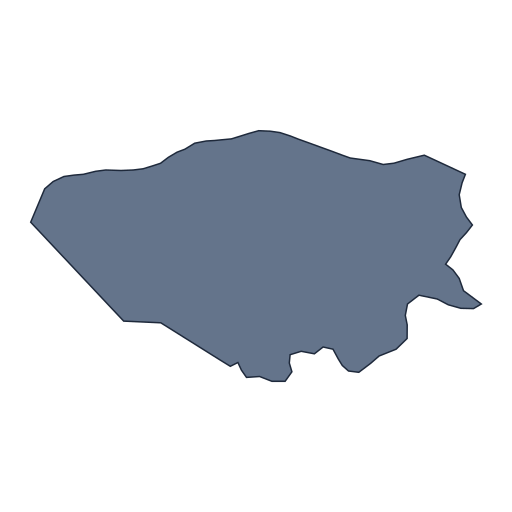 Marcação, Paraíba, Brazil (Albers equal-area conic projection)
{"feature_id": "56859067B50699836621032", "entity_name": "Marcação", "entity_type": "district", "adm_level": 2, "iso_a3": "BRA", "parent_name": "Brazil", "parent_adm1": "Paraíba", "projection": "albers", "projection_center": [-34.992, -6.751], "detail": "fine", "context": "isolated", "style": "filled", "palette": "slate", "viewbox_px": 512, "rotation_deg": 0, "n_neighbors": 0, "source": "geoboundaries", "source_scale": "gbopen_adm2", "svg_char_len": 1205}
<svg xmlns="http://www.w3.org/2000/svg" viewBox="0 0 512 512"><path d="M206.2,141.0L194.7,143.2L184.9,149.2L177.0,152.2L168.4,157.3L160.5,163.3L151.9,166.1L143.0,168.8L133.2,170.0L121.0,170.5L105.7,170.0L95.6,171.3L83.4,174.3L74.0,175.1L63.9,176.5L53.2,181.5L44.7,188.8L30.7,222.2L108.8,305.3L123.7,321.1L160.8,322.8L220.1,360.0L230.3,366.3L237.9,362.5L241.4,370.1L246.5,377.4L259.6,376.5L271.9,381.3L285.1,381.3L291.9,371.8L289.3,363.0L290.1,354.7L301.2,351.3L314.4,353.8L323.1,347.0L333.0,349.2L338.3,359.0L342.3,365.5L348.5,371.0L358.8,372.3L370.7,363.3L379.1,356.0L396.1,349.2L407.1,338.5L407.2,324.9L405.3,315.4L407.5,304.0L418.9,295.2L437.2,299.0L448.3,304.8L460.8,308.3L473.5,308.6L481.3,304.0L463.5,290.7L459.2,278.4L452.9,269.9L445.6,264.2L450.7,256.8L455.7,247.8L460.0,239.6L466.4,232.7L472.4,225.0L466.4,217.0L461.3,207.5L459.2,194.7L462.1,182.8L465.4,174.3L435.1,160.2L424.3,155.2L407.2,159.3L394.0,163.2L383.2,164.5L369.8,160.7L359.6,159.3L350.2,158.0L341.8,155.0L331.7,151.2L320.1,147.0L309.1,143.0L298.5,139.2L290.1,135.9L280.0,132.6L270.3,131.2L258.7,130.7L249.0,133.4L240.1,136.2L231.3,138.9L222.7,139.7L214.6,140.5L206.2,141.0Z" fill="#64748b" stroke="#1e293b" stroke-width="1.5"/></svg>